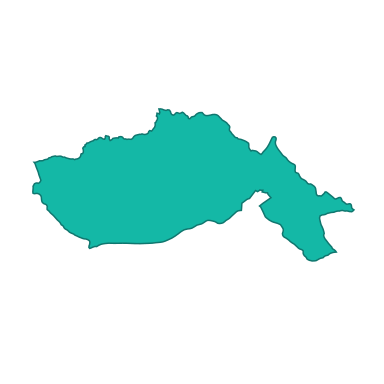 the district of Webuye East, Western, Kenya, rotated 261°
{"feature_id": "3690345B7526977746919", "entity_name": "Webuye East", "entity_type": "district", "adm_level": 2, "iso_a3": "KEN", "parent_name": "Kenya", "parent_adm1": "Western", "projection": "albers", "projection_center": [34.784, 0.653], "detail": "fine", "context": "isolated", "style": "filled", "palette": "teal", "viewbox_px": 384, "rotation_deg": 261, "n_neighbors": 0, "source": "geoboundaries", "source_scale": "gbopen_adm2", "svg_char_len": 6055}
<svg xmlns="http://www.w3.org/2000/svg" viewBox="0 0 384 384"><g transform="rotate(261 192 192)"><path d="M153.0,89.3L153.9,91.4L154.6,94.1L154.7,95.8L154.7,97.9L154.5,101.6L153.5,107.1L152.3,115.3L151.6,119.5L150.0,127.5L149.1,132.8L148.1,141.2L147.7,145.0L147.6,148.4L147.3,152.6L147.3,155.2L147.7,157.8L148.5,160.9L149.6,164.8L151.2,168.6L152.1,170.3L152.8,171.8L154.1,174.1L154.7,175.3L155.8,178.0L156.0,179.3L156.2,181.9L156.1,184.1L156.3,186.2L157.3,188.9L158.5,191.7L159.0,196.4L159.5,197.9L161.1,201.3L161.5,202.6L161.4,204.1L160.9,205.9L160.0,208.2L159.0,210.3L157.1,212.5L156.6,214.0L156.5,215.2L156.5,216.3L156.7,217.8L157.6,219.6L158.6,221.1L159.7,223.9L160.2,224.9L161.1,226.2L161.9,227.3L165.6,232.9L166.2,234.6L166.2,236.4L166.1,237.9L168.1,238.4L173.1,239.5L176.1,245.1L176.4,246.3L176.6,247.8L183.5,255.0L182.1,256.8L182.8,258.4L183.4,259.4L182.9,260.4L182.6,262.2L181.1,261.3L179.6,264.8L179.4,266.5L177.9,266.7L174.0,269.1L169.6,260.0L167.6,256.5L166.5,257.5L161.6,259.0L156.1,260.5L154.9,261.4L152.3,263.8L150.4,266.2L149.5,267.7L147.6,271.7L145.9,274.3L142.8,275.7L141.2,276.3L139.6,276.1L138.3,275.6L136.8,274.8L135.3,274.8L134.1,275.2L132.9,276.1L132.0,277.4L130.6,278.9L129.1,280.3L127.7,281.3L126.2,282.8L124.4,284.9L120.8,287.7L119.8,288.4L118.8,289.6L118.0,291.2L116.8,292.5L115.5,292.5L114.3,292.2L112.8,292.4L111.3,293.1L110.5,293.9L109.3,294.7L108.0,295.0L107.1,295.9L106.2,297.2L105.6,298.7L105.1,299.8L104.8,302.6L104.8,303.9L106.0,307.1L106.4,308.4L106.6,311.2L107.5,312.4L108.2,314.0L108.2,315.2L108.4,316.6L109.2,317.8L109.8,319.2L110.2,321.7L110.2,323.5L110.1,325.1L111.2,324.6L112.5,323.6L113.5,322.4L114.4,321.7L115.6,321.5L119.8,318.8L122.5,317.4L125.2,315.9L126.3,315.6L127.3,315.3L128.9,315.3L130.4,316.1L132.1,316.0L134.6,315.7L137.1,315.1L139.3,314.4L140.6,314.2L144.6,313.9L146.4,313.9L148.4,314.8L149.0,317.0L148.9,318.6L149.0,320.2L149.8,322.6L149.8,323.8L150.0,326.2L149.8,329.0L150.1,330.2L150.3,331.5L150.4,333.3L150.1,334.4L150.3,335.8L150.3,337.6L149.2,340.2L149.1,342.0L148.6,343.3L148.1,344.3L147.5,346.7L148.1,348.0L149.0,349.2L150.0,348.1L151.3,347.3L154.2,347.3L155.4,346.7L155.8,345.5L155.7,344.3L155.7,342.9L156.7,341.8L157.9,340.9L158.6,340.0L159.7,339.0L161.4,338.6L162.5,338.4L163.4,337.6L163.5,336.2L162.6,333.0L163.0,331.8L164.8,330.4L169.5,326.2L171.0,324.7L171.2,323.5L169.9,322.3L167.8,319.2L168.3,317.4L168.4,316.0L169.4,314.9L170.7,314.5L172.7,314.6L174.6,314.6L176.2,314.6L177.3,314.3L178.5,313.6L180.8,311.3L181.4,310.4L181.5,308.8L182.3,307.6L184.9,306.2L186.0,305.1L187.0,303.8L187.6,302.8L188.8,301.7L189.9,301.2L191.4,300.6L192.6,300.4L193.9,299.7L194.5,298.4L195.3,297.3L196.9,297.1L200.4,297.9L201.5,298.1L202.8,297.7L204.0,296.2L204.6,295.2L205.7,293.9L207.0,292.6L208.7,291.4L210.1,290.8L211.3,290.1L213.3,288.0L214.3,287.2L216.3,286.2L219.2,284.6L220.7,283.8L222.5,283.0L224.2,282.4L225.9,282.0L227.2,282.0L228.5,282.2L230.5,283.2L232.1,283.5L233.4,282.7L233.8,281.4L233.5,280.0L232.0,278.9L228.6,276.6L226.8,275.3L224.3,273.2L222.8,271.6L220.3,268.4L219.2,267.4L218.3,266.1L219.2,264.9L220.3,263.8L221.5,262.8L222.5,261.5L223.7,258.0L223.3,256.7L225.2,255.7L226.7,255.2L228.0,255.2L229.6,255.5L231.3,255.5L232.6,254.2L233.8,252.8L234.7,251.4L236.3,248.6L237.2,245.9L238.5,245.1L238.9,243.7L240.0,242.6L241.1,242.1L243.2,240.6L245.2,239.7L246.4,238.9L247.4,238.6L248.7,238.9L250.3,239.5L251.6,239.2L253.3,238.0L255.0,237.0L256.2,235.7L257.2,234.6L258.0,233.5L258.8,232.8L260.0,232.1L260.9,231.4L263.1,229.9L264.0,229.0L264.7,227.7L265.1,226.3L265.3,224.6L265.1,222.7L265.0,220.4L265.1,218.7L265.4,217.5L266.2,216.2L268.9,214.4L269.2,212.3L269.1,210.9L268.5,209.2L267.9,208.1L266.5,206.4L266.2,203.3L264.7,201.3L265.2,200.0L266.9,199.9L267.9,199.3L268.5,198.1L271.5,196.0L272.3,194.9L271.7,193.3L271.5,191.9L272.4,190.4L272.8,189.4L272.4,188.2L271.2,186.8L270.8,185.5L271.7,184.2L272.9,183.5L274.8,183.3L276.4,182.5L277.0,180.9L276.6,179.1L277.5,177.0L278.5,175.4L279.0,173.9L279.2,172.3L275.7,172.7L274.2,172.0L274.9,171.1L275.3,169.7L273.7,169.4L272.6,168.7L271.6,169.5L270.2,169.5L268.9,169.0L267.8,168.0L266.6,167.3L266.1,166.3L264.9,166.3L263.4,166.0L261.8,165.2L260.6,163.8L259.4,162.7L258.5,161.6L259.3,159.9L258.5,158.7L257.1,158.1L256.4,156.6L256.2,155.5L256.2,154.2L256.6,152.9L257.2,151.7L256.9,150.5L257.2,149.4L256.9,145.8L256.7,144.7L255.8,143.2L254.3,141.8L253.5,140.3L254.2,137.2L254.1,135.9L254.8,134.9L254.8,133.7L255.6,132.7L257.0,132.0L257.7,130.9L257.9,129.9L257.9,128.4L256.9,127.7L257.3,125.9L257.4,123.8L257.3,122.2L256.3,121.1L255.6,119.2L257.5,118.5L259.2,118.9L260.1,118.2L260.6,116.7L261.1,115.7L260.3,115.0L258.9,114.8L257.8,113.9L258.1,112.8L258.8,111.9L259.7,111.0L260.3,109.7L259.9,108.1L258.9,107.1L258.6,105.8L259.1,104.6L258.8,103.5L258.1,102.6L257.7,100.2L257.3,98.9L256.7,97.5L256.8,95.8L255.6,94.7L255.1,93.5L253.6,93.5L253.5,92.1L252.4,91.0L250.7,91.2L249.3,91.1L247.9,90.7L247.0,89.7L247.1,88.6L246.1,88.0L244.7,87.5L243.6,86.4L242.9,85.0L242.6,83.6L242.7,82.4L242.3,81.3L243.3,79.6L243.5,77.8L243.8,76.6L245.4,73.0L246.4,71.6L246.6,70.0L247.6,68.7L248.1,67.3L248.3,63.9L249.0,62.6L248.8,59.1L248.2,57.8L248.1,56.0L247.0,54.5L247.0,52.8L246.9,51.1L246.3,49.7L246.4,47.8L246.7,46.3L246.4,45.2L246.0,43.4L245.8,41.8L246.0,40.7L244.7,41.4L241.2,42.0L235.8,43.2L232.9,43.5L227.2,44.6L225.9,43.7L225.0,42.6L224.6,41.4L225.2,40.4L225.2,39.2L224.8,37.7L222.5,35.9L221.1,35.8L217.0,34.8L215.6,34.8L215.0,35.9L214.9,38.7L214.3,40.0L213.6,41.0L212.3,42.0L210.7,42.4L208.2,42.2L206.6,42.2L205.0,42.6L203.5,44.0L202.7,45.6L201.8,46.4L200.3,46.8L199.0,46.4L197.3,46.2L195.6,47.7L193.4,49.0L191.0,51.0L189.9,51.8L185.5,54.6L183.8,56.0L182.5,56.9L181.3,57.3L180.0,57.8L179.2,58.9L178.0,59.7L176.7,60.0L175.3,61.0L174.3,62.4L172.9,63.7L171.6,64.6L170.5,66.0L168.9,68.6L167.9,69.4L167.1,70.6L166.4,71.7L164.9,73.8L164.4,74.8L163.3,76.6L162.6,78.1L162.2,79.8L161.3,81.5L160.0,83.0L158.5,83.3L157.4,83.0L156.1,82.6L154.9,81.9L153.4,81.5L152.3,82.1L152.5,83.5L153.0,85.2L153.4,87.6L153.0,89.3Z" fill="#14b8a6" stroke="#0f766e" stroke-width="1.5"/></g></svg>